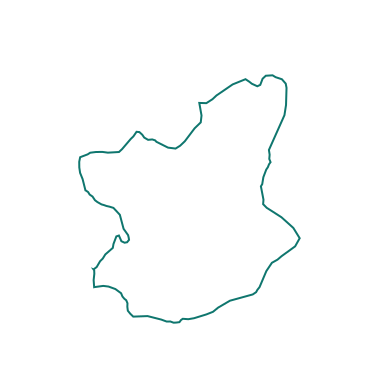 the border of Chaouia - Ouardigha, rotated 290°
{"feature_id": "MAR-1449", "entity_name": "Chaouia - Ouardigha", "entity_type": "Region", "adm_level": 1, "iso_a3": "MAR", "parent_name": "Morocco", "parent_adm1": "", "projection": "albers", "projection_center": [-7.234, 33.091], "detail": "fine", "context": "isolated", "style": "outline", "palette": "teal", "viewbox_px": 384, "rotation_deg": 290, "n_neighbors": 0, "source": "natural_earth", "source_scale": "10m", "svg_char_len": 1769}
<svg xmlns="http://www.w3.org/2000/svg" viewBox="0 0 384 384"><g transform="rotate(290 192 192)"><path d="M157.1,91.3L166.7,84.8L171.7,80.3L176.5,77.7L181.8,75.7L186.4,75.0L186.7,75.3L191.7,81.1L194.1,82.9L196.7,88.0L199.0,94.0L200.2,99.5L204.6,109.7L208.3,111.6L220.9,116.3L224.2,117.9L229.6,119.3L230.3,122.1L228.8,125.7L226.8,128.5L226.0,132.9L227.8,136.7L227.9,139.7L227.0,141.4L225.5,154.3L227.2,161.7L231.4,165.0L237.2,167.9L252.8,172.7L260.4,176.4L267.1,174.8L278.2,168.4L280.4,175.1L286.2,179.5L291.1,182.0L307.0,193.4L316.3,203.7L315.2,208.2L314.2,211.2L313.7,217.2L316.0,219.5L322.6,219.6L326.5,221.6L329.2,227.8L328.5,231.3L328.7,237.9L325.9,243.0L322.2,245.2L305.9,250.6L295.8,252.6L257.8,249.9L253.6,252.2L249.5,253.3L246.9,255.6L244.4,254.9L241.2,254.8L238.5,254.1L230.3,254.0L223.4,255.3L220.9,254.8L209.2,261.8L204.9,263.0L202.7,267.6L198.9,284.6L192.9,299.5L185.4,309.0L176.2,307.5L162.3,298.1L157.7,295.5L152.8,291.3L143.1,288.9L125.7,288.0L122.4,286.9L119.8,286.5L116.5,284.1L102.8,264.8L92.3,256.1L86.6,252.7L81.9,247.4L74.1,237.1L71.2,232.0L69.7,226.7L68.0,225.5L65.4,224.7L64.0,222.0L62.9,219.4L62.9,215.9L61.6,212.5L61.6,206.7L60.2,192.7L54.8,179.4L56.5,175.6L58.5,172.3L62.0,170.5L65.4,169.4L67.8,167.2L68.5,165.0L70.0,162.4L72.6,160.0L74.6,153.2L74.6,145.9L73.4,140.7L69.3,132.9L69.1,132.6L75.6,129.7L81.7,128.2L84.9,126.9L85.6,125.9L85.6,126.0L85.8,126.1L88.9,128.1L95.5,129.3L98.9,130.9L103.7,131.9L112.4,136.7L116.3,136.0L124.4,136.1L126.1,138.2L121.6,142.5L121.3,146.0L122.6,148.2L125.5,149.2L127.5,148.1L129.6,146.7L134.0,140.3L145.9,132.0L150.2,123.6L150.0,119.5L149.6,116.4L149.6,113.8L149.4,111.2L150.2,106.5L151.1,103.6L153.7,100.1L154.6,96.7L156.4,94.4L157.1,91.7L157.1,91.3Z" fill="none" stroke="#0f766e" stroke-width="2"/></g></svg>